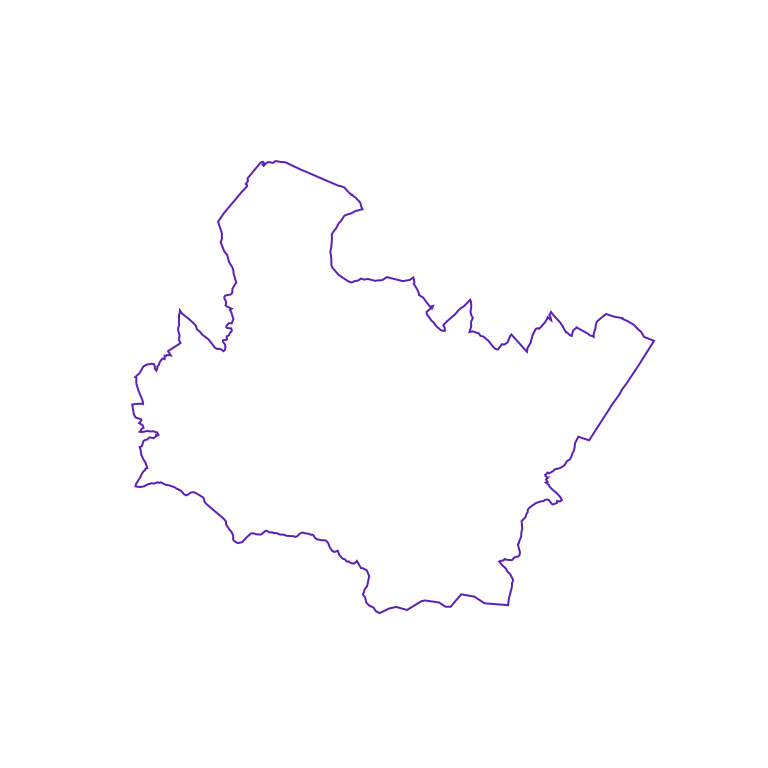 the district of Telega, Prahova, Romania, rotated 250°
{"feature_id": "2599482B944231633317", "entity_name": "Telega", "entity_type": "district", "adm_level": 2, "iso_a3": "ROU", "parent_name": "Romania", "parent_adm1": "Prahova", "projection": "natural_earth1", "projection_center": [25.817, 45.132], "detail": "fine", "context": "isolated", "style": "outline", "palette": "violet", "viewbox_px": 768, "rotation_deg": 250, "n_neighbors": 0, "source": "geoboundaries", "source_scale": "gbopen_adm2", "svg_char_len": 6166}
<svg xmlns="http://www.w3.org/2000/svg" viewBox="0 0 768 768"><g transform="rotate(250 384 384)"><path d="M332.2,652.5L339.3,644.5L345.2,643.4L349.2,641.1L354.1,639.1L359.8,634.4L363.6,630.4L364.2,630.7L369.0,622.6L373.9,616.5L369.8,605.3L366.7,603.0L363.9,601.8L362.0,600.0L358.5,597.7L356.6,597.2L358.3,595.6L358.9,594.3L361.2,593.1L371.4,584.2L370.7,583.4L370.1,581.0L369.1,579.6L365.0,576.9L365.8,575.7L370.4,573.2L370.5,572.6L377.6,571.6L382.1,570.4L391.1,566.6L394.5,565.6L392.7,563.9L392.3,563.0L389.7,563.3L386.8,562.9L390.8,560.6L389.1,559.3L386.9,556.4L383.5,550.2L382.9,548.3L383.6,547.9L384.0,546.1L383.6,545.1L378.8,540.1L372.6,535.9L368.8,531.2L365.4,529.3L386.9,520.7L385.6,518.6L381.0,514.6L380.1,511.7L380.1,509.9L381.1,508.4L377.5,502.9L378.0,501.8L378.9,500.7L381.1,499.4L388.7,497.0L394.5,493.7L396.3,491.1L399.0,490.5L403.2,485.2L403.6,482.1L408.0,485.5L412.5,487.0L415.8,490.1L418.4,489.6L422.2,489.9L426.9,492.5L431.3,493.8L433.6,493.8L429.5,485.1L429.0,482.2L427.8,479.2L425.1,474.5L421.3,464.5L419.0,459.8L415.8,460.3L413.2,459.4L413.8,457.6L415.3,455.7L420.5,452.9L425.1,451.6L427.0,450.4L434.9,448.2L437.2,448.6L439.0,453.6L438.5,454.9L440.6,456.8L440.9,453.9L441.4,453.4L451.9,450.3L455.6,447.3L457.2,447.8L461.9,447.5L468.0,446.2L468.8,447.3L474.0,448.0L473.0,443.7L474.2,436.9L483.5,423.2L482.3,418.4L482.5,416.3L483.4,414.1L484.0,410.9L488.1,405.0L489.0,400.8L490.9,398.5L490.1,395.1L490.8,391.2L490.4,389.7L490.6,388.5L491.4,386.8L493.9,384.7L501.9,378.7L511.0,375.3L513.6,375.2L520.7,377.6L526.9,378.9L530.7,381.3L538.3,384.8L542.1,385.9L543.9,387.7L546.5,392.0L550.6,396.6L551.7,398.9L555.7,404.5L555.8,408.6L555.5,411.0L556.3,416.0L555.6,423.6L557.9,423.3L562.5,423.7L569.0,421.0L570.9,419.5L572.5,419.0L572.8,417.9L573.8,417.9L575.4,416.7L582.3,413.9L585.2,410.4L585.6,409.3L614.0,379.1L625.5,367.7L626.8,365.9L627.6,363.5L630.4,358.8L630.6,357.7L629.8,356.2L629.9,354.9L631.8,352.1L632.2,351.0L631.5,348.2L630.1,345.6L631.8,344.9L631.9,346.2L633.3,346.8L634.1,346.3L634.3,345.4L634.3,343.8L623.9,326.1L621.1,325.5L619.3,322.5L617.4,323.4L616.5,322.7L613.2,316.1L599.5,292.4L593.3,283.6L580.9,283.2L578.6,282.1L576.5,281.8L573.2,279.1L571.8,279.0L563.1,279.3L558.8,280.8L551.6,280.1L545.5,281.4L542.1,281.3L539.5,280.5L529.5,279.8L528.6,277.9L525.2,274.1L522.1,272.8L520.9,271.7L520.6,270.3L521.4,265.3L520.3,263.7L519.3,263.3L514.6,263.7L512.0,262.0L510.5,262.9L506.8,266.6L506.3,264.5L504.3,265.0L496.5,264.7L493.1,261.6L494.1,258.8L492.4,255.7L491.4,255.2L490.3,255.8L488.5,259.4L486.3,259.3L485.5,258.6L484.9,256.9L482.7,254.8L482.6,252.4L479.7,251.7L479.5,250.9L480.2,248.2L479.9,247.5L478.8,247.2L475.8,248.0L473.0,247.7L470.6,246.4L469.8,244.4L472.5,242.6L473.6,241.0L473.8,239.4L476.0,237.5L485.9,234.4L492.7,230.0L495.5,229.2L499.6,226.9L503.3,227.1L504.6,226.6L511.3,223.2L519.3,218.3L522.9,217.4L520.6,216.4L519.2,215.1L512.3,212.4L509.4,211.7L507.3,209.9L505.3,209.0L499.1,208.4L496.4,206.4L492.0,206.7L488.7,192.3L483.8,193.5L485.5,189.8L484.8,188.6L485.6,187.5L482.5,186.4L483.7,184.4L481.4,180.9L478.9,178.9L478.0,177.2L475.6,175.9L474.4,174.6L477.0,173.9L478.5,174.7L481.4,174.6L482.5,172.6L483.4,167.3L482.7,163.8L478.0,158.3L475.6,152.6L474.5,153.4L469.1,151.4L461.7,151.0L450.8,151.5L448.3,150.9L447.6,150.6L448.3,149.6L450.2,143.8L450.8,140.4L442.0,138.7L439.7,138.7L437.6,139.1L433.8,143.7L432.8,143.7L430.9,140.5L428.0,143.0L426.9,143.3L425.0,143.0L424.7,140.6L423.4,139.7L422.7,138.2L421.6,140.2L420.8,145.4L419.4,148.1L418.3,151.5L416.5,153.3L416.3,154.1L413.4,154.7L413.0,153.5L414.0,152.3L413.2,152.1L412.3,150.8L411.9,148.9L414.0,145.7L413.9,144.7L412.8,142.8L413.1,140.1L412.7,138.5L408.3,135.1L408.4,132.8L405.6,132.8L400.8,131.8L396.3,132.0L391.1,133.0L385.9,132.8L386.0,130.9L384.8,130.0L384.2,128.2L382.3,125.5L380.2,123.7L374.7,116.6L372.8,115.5L370.6,119.4L369.9,123.7L370.6,128.8L370.2,129.8L370.3,131.6L369.0,134.0L369.2,137.4L367.9,138.9L368.0,140.5L363.7,144.7L362.8,146.6L358.6,152.0L356.5,153.3L355.3,154.9L354.3,155.2L354.0,156.1L353.1,156.8L349.4,158.1L347.2,159.6L347.1,162.3L348.1,164.9L347.6,167.8L346.5,169.3L339.9,174.8L337.9,175.6L334.8,175.1L332.1,176.0L312.4,187.2L308.9,188.5L306.4,187.6L300.0,188.9L297.6,190.0L293.3,190.5L289.5,189.1L288.3,189.2L284.9,191.7L284.4,192.5L283.9,196.8L286.8,202.3L289.0,207.8L288.5,209.9L286.3,212.9L284.8,216.3L284.8,217.7L286.5,222.5L286.3,223.5L283.7,225.5L282.8,228.4L281.5,229.4L280.7,232.0L278.0,234.8L277.1,237.6L274.6,240.7L271.9,246.9L270.6,248.5L270.6,250.3L272.2,253.8L272.3,256.7L270.2,259.5L268.9,262.3L267.4,263.5L266.8,265.3L265.8,266.0L263.0,266.5L260.9,268.1L258.7,271.6L256.9,275.9L253.7,277.1L249.0,277.2L245.1,278.2L243.1,279.9L243.1,283.5L238.7,283.5L233.9,285.5L232.5,287.4L229.7,288.4L229.4,290.1L228.1,290.7L226.1,292.9L225.6,295.0L227.0,298.0L219.0,299.4L217.7,301.6L214.7,304.1L208.6,304.4L199.8,299.0L197.6,295.4L195.2,294.0L193.4,292.1L189.8,293.3L184.3,292.6L179.7,295.1L179.6,295.8L177.4,297.7L173.0,298.8L170.2,301.6L171.3,312.2L170.3,319.3L163.8,328.3L167.1,344.8L166.6,348.4L159.8,361.1L153.7,365.5L151.9,370.5L160.0,384.6L153.3,396.2L143.6,403.4L133.7,425.0L139.4,427.8L149.3,434.6L153.0,436.2L155.5,438.3L162.4,437.5L165.5,435.8L169.2,435.3L173.6,433.0L177.8,431.5L177.8,433.8L177.4,435.6L178.3,437.9L177.5,438.3L176.6,439.7L174.8,443.8L174.9,444.6L176.0,446.1L176.5,448.3L176.0,451.2L177.1,453.0L179.3,454.2L187.5,454.9L188.0,456.1L189.1,456.6L193.7,460.7L197.5,462.3L201.0,464.5L208.1,466.4L210.4,471.3L213.3,473.5L214.1,475.0L216.6,476.1L217.5,477.3L219.0,481.2L219.6,484.4L220.2,485.4L220.0,491.6L219.4,493.6L220.0,495.9L219.7,497.6L218.8,499.1L213.9,500.7L213.0,501.6L213.1,505.7L214.9,506.7L213.4,509.1L214.1,511.5L217.7,510.9L221.9,509.2L228.5,505.5L230.6,504.6L232.9,504.3L236.1,502.3L236.1,504.2L238.8,503.6L240.1,506.1L240.3,505.5L242.4,504.3L243.6,504.4L243.8,505.7L244.9,507.3L243.5,508.6L244.3,512.9L245.4,515.3L244.8,520.5L245.4,524.2L246.3,526.5L248.5,528.8L249.3,531.0L249.4,532.5L251.3,535.0L253.6,536.6L256.2,539.4L259.5,541.6L263.0,543.2L268.0,548.6L260.9,557.5L287.5,592.5L294.0,602.1L297.4,605.7L301.2,611.6L314.6,629.8L332.2,652.5Z" fill="none" stroke="#5b21b6" stroke-width="2"/></g></svg>